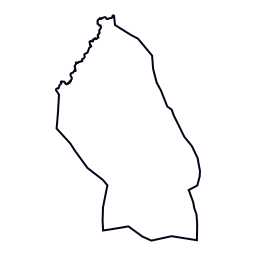 Norovlin, Hentiy, Mongolia
{"feature_id": "93677404B9718982388588", "entity_name": "Norovlin", "entity_type": "district", "adm_level": 2, "iso_a3": "MNG", "parent_name": "Mongolia", "parent_adm1": "Hentiy", "projection": "mercator", "projection_center": [111.78, 48.583], "detail": "fine", "context": "isolated", "style": "outline", "palette": "ink", "viewbox_px": 256, "rotation_deg": 0, "n_neighbors": 0, "source": "geoboundaries", "source_scale": "gbopen_adm2", "svg_char_len": 4586}
<svg xmlns="http://www.w3.org/2000/svg" viewBox="0 0 256 256"><path d="M103.1,230.5L112.9,229.0L128.4,226.4L142.3,236.5L151.4,240.6L171.5,236.2L196.9,240.2L197.2,224.3L196.5,214.5L194.2,207.9L193.2,202.2L188.7,190.0L197.3,185.5L199.7,176.3L200.0,171.2L197.6,158.1L191.9,146.1L184.3,136.8L175.1,118.1L173.5,114.9L171.8,109.8L167.3,106.5L160.9,90.4L156.7,82.7L153.1,68.8L152.1,55.6L138.0,38.7L131.0,35.0L115.0,25.0L114.0,15.7L113.3,15.4L113.1,15.4L112.8,15.5L112.6,15.8L112.4,16.2L112.4,16.6L112.5,17.0L112.4,17.3L112.2,17.6L111.8,17.8L111.3,17.9L110.8,18.1L110.4,18.1L109.8,18.1L109.5,18.2L109.1,18.4L108.8,18.5L108.6,18.8L108.3,18.8L107.7,18.9L107.5,19.0L107.2,19.0L107.1,18.9L106.8,19.0L106.6,19.0L106.5,18.9L106.2,18.5L106.0,17.9L105.8,17.5L105.4,17.3L105.1,17.2L104.9,17.1L104.7,17.1L104.2,17.3L103.6,17.6L103.2,17.7L102.9,17.7L101.9,18.2L101.6,18.5L101.3,18.9L101.2,19.0L100.8,19.0L100.5,18.9L100.3,18.8L100.2,18.6L100.2,18.4L100.2,18.2L99.8,18.2L99.7,18.4L99.6,18.9L99.4,19.1L99.0,19.2L98.4,19.4L98.2,19.6L98.1,19.8L97.9,20.4L97.9,20.6L97.7,20.8L97.5,21.0L97.4,21.5L97.5,22.0L97.7,22.5L97.8,22.7L97.8,22.8L97.7,23.0L97.5,23.4L97.5,23.7L97.6,23.9L97.8,24.0L98.0,24.1L98.7,24.5L98.8,24.7L98.9,24.9L99.2,25.3L99.3,25.5L99.5,25.5L99.8,25.4L100.0,25.4L100.3,25.4L100.5,25.4L100.7,25.6L100.8,25.9L100.8,26.3L100.8,26.7L100.9,27.1L101.0,27.7L100.9,27.9L100.8,28.0L100.6,28.2L100.5,28.3L100.3,28.7L100.1,29.2L99.4,30.0L99.3,30.3L99.3,30.5L99.3,30.8L99.3,31.1L99.4,31.9L99.5,32.1L99.6,32.3L99.5,32.5L99.4,32.5L99.2,32.8L99.3,33.0L99.3,33.4L99.3,33.6L99.2,33.8L99.0,34.0L98.8,34.1L98.5,34.2L98.2,34.3L97.9,34.6L97.8,35.0L97.9,35.3L97.9,35.7L97.8,35.9L97.8,36.3L97.8,36.5L98.1,36.7L98.3,36.8L98.4,37.0L98.4,37.4L98.4,37.5L98.1,37.6L97.9,37.7L97.6,38.0L97.2,38.3L96.7,38.8L96.4,39.0L96.1,39.1L95.9,39.1L95.7,39.0L95.6,38.9L95.4,38.4L95.2,38.2L94.9,38.3L94.7,38.4L94.7,38.6L94.6,39.0L94.4,39.3L94.1,39.4L93.9,39.4L93.4,39.4L93.1,39.5L92.9,39.7L92.8,39.8L92.9,40.1L93.0,40.2L92.9,40.5L93.0,40.9L93.0,41.1L92.9,41.3L92.7,41.4L92.4,41.3L92.2,41.3L91.8,41.4L91.7,41.4L91.4,41.4L91.1,41.2L90.9,41.0L90.6,41.0L90.4,41.1L90.1,41.2L89.8,41.6L89.6,41.8L89.5,42.0L89.5,42.7L89.6,42.9L89.7,43.0L89.8,43.2L89.9,43.3L89.9,43.6L89.9,43.9L89.9,44.0L90.0,44.4L89.9,44.7L90.0,44.9L90.0,45.0L90.3,45.1L90.7,45.2L90.8,45.4L91.0,45.6L91.1,45.8L91.2,46.2L91.2,46.3L91.1,46.5L90.9,46.7L90.1,47.1L89.6,47.4L89.5,47.5L89.4,47.8L89.2,48.1L88.8,48.9L88.7,49.2L88.6,49.5L88.5,50.0L88.3,50.6L88.2,50.9L87.9,51.6L87.7,51.9L87.7,52.2L87.6,52.4L87.4,52.7L87.3,52.8L87.1,52.8L86.8,52.8L86.6,52.9L86.3,53.1L86.2,53.3L85.9,53.4L85.6,53.5L84.9,54.0L84.6,54.2L84.4,54.4L84.4,54.5L84.4,54.9L84.5,55.0L84.4,55.4L84.4,55.6L84.7,56.5L84.7,57.1L84.5,57.4L83.9,58.2L83.5,58.5L82.8,58.8L82.4,59.0L82.2,59.2L82.1,59.4L82.2,59.6L82.2,59.8L82.3,60.6L82.3,60.9L82.2,61.1L82.1,61.3L81.9,61.4L81.7,61.4L81.1,61.3L80.8,61.3L80.5,61.4L80.3,61.6L80.1,61.8L79.8,61.9L79.4,62.0L79.0,61.9L78.8,61.9L78.6,61.9L78.5,62.1L78.4,62.3L78.3,62.6L78.2,62.7L78.0,62.8L77.8,63.0L77.5,62.9L77.3,62.8L77.1,62.7L76.9,62.6L76.1,62.5L75.9,62.6L75.8,62.8L76.1,63.2L76.2,63.4L76.1,63.6L76.0,63.9L75.5,64.7L75.3,65.1L75.0,65.6L74.7,65.9L74.6,66.1L74.6,66.5L75.0,67.2L75.1,67.4L75.2,67.5L75.1,68.1L75.0,68.4L74.9,68.8L75.0,69.0L75.2,69.4L75.4,69.7L75.6,70.0L75.6,70.4L75.6,70.7L75.6,70.8L75.4,71.0L75.1,71.0L74.9,70.9L74.4,70.7L74.2,70.7L74.1,70.9L73.4,71.9L73.2,72.3L72.9,72.7L72.7,72.8L72.0,72.9L71.6,73.1L71.0,73.4L70.8,73.6L70.6,73.9L70.5,74.2L70.5,74.7L70.6,75.0L70.6,75.7L71.0,76.3L71.3,76.7L71.6,77.4L71.7,77.9L71.8,78.2L71.8,78.4L71.8,78.6L71.8,78.9L71.7,79.0L71.5,79.4L71.2,79.9L71.1,80.3L71.0,80.2L70.7,80.5L70.1,81.1L69.8,81.3L69.6,81.5L69.8,81.7L69.9,81.9L69.8,82.4L69.8,82.6L69.6,82.8L69.4,82.9L69.3,83.0L69.1,82.9L68.7,82.8L68.4,82.8L68.0,83.0L68.1,83.5L68.0,83.8L67.9,83.9L67.7,83.9L67.4,83.9L67.2,84.0L66.8,84.2L66.6,84.3L66.3,84.2L66.2,84.1L65.8,83.9L65.7,83.8L65.5,83.7L65.4,83.5L65.3,83.4L65.3,83.1L65.3,82.9L65.2,82.7L64.5,82.1L64.3,81.8L64.1,81.6L63.9,81.6L63.7,81.6L63.4,81.6L63.2,81.7L62.9,81.8L62.7,81.8L62.5,81.7L62.3,81.6L61.9,81.3L61.6,81.3L61.4,81.4L61.1,81.6L60.9,81.9L60.8,82.1L60.8,82.3L60.8,82.5L60.9,82.8L61.1,83.1L61.2,83.4L61.2,83.6L60.8,84.0L60.4,84.4L59.9,84.8L59.5,85.2L59.3,85.5L59.2,85.8L59.2,86.2L59.2,86.4L59.0,87.0L58.9,87.5L58.8,87.9L58.7,88.1L58.4,88.4L58.0,88.4L57.7,88.3L57.3,88.4L57.2,88.4L56.4,88.9L56.1,89.2L56.0,89.4L56.0,89.8L56.0,90.1L59.0,94.7L57.9,113.6L56.6,128.5L70.4,143.6L74.5,150.1L87.5,168.0L103.1,180.1L107.4,185.3L103.0,207.4L102.6,220.7L103.1,230.5Z" fill="none" stroke="#020617" stroke-width="2"/></svg>